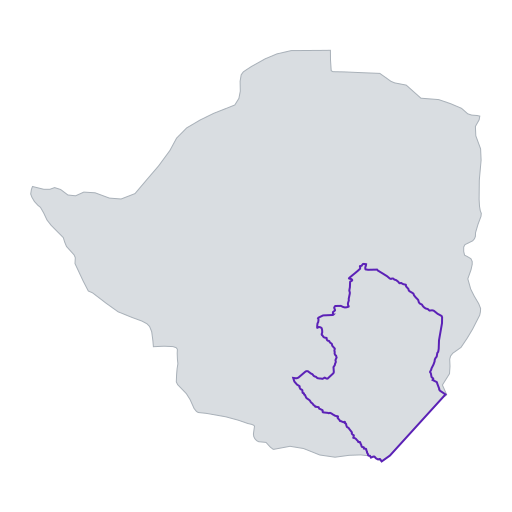 Zimbabwe, with Masvingo highlighted
{"feature_id": "ZWE-532", "entity_name": "Masvingo", "entity_type": "Province", "adm_level": 1, "iso_a3": "ZWE", "parent_name": "Zimbabwe", "parent_adm1": "", "projection": "albers", "projection_center": [30.801, -20.777], "detail": "fine", "context": "in_parent", "style": "outline", "palette": "violet", "viewbox_px": 512, "rotation_deg": 0, "n_neighbors": 0, "source": "natural_earth", "source_scale": "10m", "svg_char_len": 8130}
<svg xmlns="http://www.w3.org/2000/svg" viewBox="0 0 512 512"><path d="M381.7,461.7L376.6,458.2L369.6,455.9L360.7,454.9L349.2,455.3L335.0,457.2L319.8,455.0L303.5,448.5L290.0,446.3L273.9,449.3L273.2,449.3L270.4,447.2L266.0,442.4L258.6,441.7L256.6,440.6L254.9,438.8L253.8,436.6L253.4,434.1L254.5,426.2L253.8,425.3L251.8,424.4L247.8,423.5L238.0,420.1L225.8,416.8L205.9,413.3L198.2,412.5L196.4,411.4L194.1,408.5L190.1,399.6L186.4,393.7L177.7,384.7L176.3,381.9L176.6,374.6L177.1,368.7L177.9,363.7L177.4,359.0L177.2,353.2L177.4,349.3L176.2,347.7L173.0,346.6L164.1,346.2L153.4,346.7L152.9,340.8L151.7,331.7L149.6,326.5L147.0,323.8L142.0,321.1L131.9,317.4L118.1,311.8L106.2,303.3L92.5,292.8L88.3,291.0L83.1,280.9L75.0,263.6L75.3,257.7L74.1,254.9L66.5,246.5L64.7,242.1L63.3,237.6L51.1,225.3L47.0,220.0L43.7,213.0L40.5,207.4L37.8,205.2L34.4,201.5L31.9,197.2L30.7,194.0L31.4,189.5L32.5,186.5L43.8,189.3L49.9,189.3L54.6,187.6L60.6,189.5L67.9,195.0L75.6,195.8L83.8,192.1L95.1,192.8L109.4,198.1L121.1,199.0L135.0,193.6L147.1,179.3L158.6,165.9L169.9,150.5L176.6,138.1L186.7,127.9L200.1,120.0L213.8,113.3L234.8,105.0L238.9,98.4L240.3,91.2L240.1,81.3L241.2,74.8L243.3,71.9L246.8,69.5L251.4,66.5L265.2,58.8L276.9,53.9L291.2,50.6L306.8,50.5L321.8,50.4L330.4,50.3L330.5,59.9L331.2,70.7L332.9,71.7L344.2,71.9L362.3,72.7L379.8,73.4L390.9,81.3L394.7,82.9L406.2,85.1L420.9,98.2L438.7,99.6L450.9,103.8L461.6,108.4L467.7,113.8L471.7,115.1L477.1,115.5L479.8,116.1L479.1,119.9L475.4,126.4L475.8,135.8L480.6,148.9L481.1,160.2L479.3,180.1L479.1,199.4L479.5,206.3L480.3,210.9L481.3,213.4L481.0,216.3L478.0,224.3L475.5,232.8L475.4,236.3L474.5,238.7L472.7,240.8L465.0,244.6L463.7,247.0L463.7,251.5L464.6,255.2L467.4,256.6L470.9,258.7L472.2,261.5L472.2,264.4L471.0,269.8L467.8,278.8L470.7,289.1L474.1,295.9L478.7,303.7L480.6,308.5L480.4,311.9L479.7,315.2L472.5,329.3L467.3,338.0L461.0,347.4L452.8,353.2L450.6,356.0L449.7,359.2L450.0,366.3L449.5,373.7L442.4,385.0L446.7,394.8L445.7,395.7L443.3,397.1L433.2,408.0L423.0,419.0L415.6,427.1L407.1,436.3L397.7,446.6L389.7,455.4L381.7,461.7Z" fill="#d9dde1" stroke="#a8b0b8" stroke-width="1"/><path d="M377.9,459.4L377.5,459.2L376.6,458.7L376.2,458.5L375.8,458.2L374.7,456.8L374.1,456.5L373.2,456.6L371.3,457.5L370.9,457.6L370.1,456.0L369.9,455.8L368.9,455.7L368.5,455.5L368.2,455.3L368.0,454.9L367.9,454.1L367.8,453.7L367.1,452.8L367.0,452.3L367.0,451.6L366.4,450.5L366.2,449.2L366.0,448.9L365.5,448.8L365.2,448.7L364.1,448.7L363.9,448.6L364.0,447.9L363.9,447.6L363.7,447.3L363.1,447.1L362.2,447.0L361.9,446.8L361.7,446.4L361.4,445.9L361.2,444.7L361.1,444.4L360.4,443.5L360.3,443.2L360.3,442.5L360.1,442.2L359.9,442.0L359.4,442.0L358.6,442.1L358.3,442.0L358.1,441.8L357.8,440.9L357.5,440.6L356.9,440.1L356.6,439.7L356.2,439.2L355.8,438.8L355.0,438.3L354.5,438.0L354.1,437.9L353.4,437.9L353.3,437.7L353.7,436.9L353.6,436.3L353.7,436.0L353.8,435.7L353.8,435.4L353.6,435.1L352.6,434.6L352.2,434.2L351.8,433.5L351.8,433.1L351.9,432.5L351.8,432.2L349.2,428.9L349.0,428.5L348.8,428.2L348.5,427.9L347.0,427.0L346.8,426.7L346.2,425.0L346.2,424.3L346.1,424.0L345.9,423.7L345.2,423.3L344.9,423.1L345.1,422.4L345.0,422.1L344.8,421.9L344.4,421.8L343.9,422.0L343.6,422.1L343.2,422.1L341.9,421.6L341.2,421.2L340.9,421.1L340.3,421.1L340.0,421.0L339.6,420.2L339.3,419.8L338.1,418.5L337.6,417.8L337.6,417.6L337.7,417.3L338.0,416.9L338.0,416.6L337.9,416.4L337.4,416.2L336.3,416.1L334.5,415.5L334.1,415.1L332.9,414.5L331.5,413.5L330.1,412.9L329.8,412.9L328.9,413.2L328.6,413.2L328.0,412.9L323.4,412.4L323.0,412.3L322.8,412.1L322.6,411.8L322.7,410.7L322.6,410.4L322.4,410.1L322.2,410.0L321.7,409.8L321.3,409.6L320.1,409.0L319.3,408.7L319.1,408.5L318.8,407.6L318.7,407.3L318.2,407.1L317.1,407.0L316.3,406.8L316.1,406.7L315.6,406.8L315.4,406.8L315.2,406.6L314.9,406.1L314.7,405.7L314.3,405.5L313.9,405.3L313.6,405.1L313.2,404.6L312.8,403.9L311.7,402.9L311.1,402.5L310.9,402.3L309.9,400.6L309.0,399.8L308.4,399.4L307.4,398.7L306.6,398.2L306.0,397.3L305.1,395.2L304.9,394.9L304.3,394.7L304.1,394.4L304.0,393.7L303.9,393.4L303.7,393.2L303.3,393.0L302.7,392.9L302.6,392.7L302.5,392.3L302.4,390.6L302.3,390.2L302.0,389.9L301.5,389.5L301.2,389.4L300.7,389.3L300.4,389.0L300.1,388.5L299.5,387.2L299.4,386.7L299.4,386.3L299.5,386.2L299.4,386.1L299.2,385.9L297.1,384.7L294.5,381.7L294.1,380.8L293.2,377.9L296.1,378.3L297.2,378.1L298.4,377.6L305.1,371.9L305.8,371.4L306.3,371.2L306.9,371.2L307.6,371.2L308.0,371.3L308.4,371.6L308.7,371.9L310.0,372.8L310.3,373.1L310.7,373.4L312.2,374.1L312.5,374.3L313.4,375.5L313.9,376.0L314.6,376.4L315.9,376.8L316.2,377.0L317.1,377.9L317.7,378.2L319.6,378.5L320.7,378.5L322.2,378.8L322.6,378.8L322.9,378.6L323.1,378.5L323.8,378.2L324.4,377.7L324.6,377.7L324.9,377.7L325.9,378.3L326.7,378.6L327.1,378.6L327.6,378.6L333.3,373.3L333.7,372.6L333.8,371.7L333.5,367.2L333.6,366.9L333.8,366.6L334.4,365.8L334.6,365.4L334.8,365.1L335.1,363.6L335.7,362.4L335.8,361.7L335.5,360.4L335.5,360.1L335.7,359.4L336.4,358.0L336.5,357.7L336.6,357.4L336.3,356.7L336.1,355.7L335.0,354.7L334.9,354.4L334.7,353.7L334.6,353.4L334.7,352.3L334.7,351.9L334.4,350.9L334.4,350.5L334.5,350.0L334.7,349.3L334.8,348.8L334.7,348.5L332.3,345.8L332.1,345.2L332.0,344.4L331.9,344.1L331.8,343.9L331.6,343.7L330.1,342.6L329.7,342.1L329.3,341.2L329.1,341.0L328.8,340.9L327.8,340.7L327.3,340.3L327.0,339.9L326.7,339.3L326.7,338.3L326.6,338.0L326.4,337.9L326.1,337.8L325.0,337.7L324.4,337.5L323.8,337.2L323.2,336.6L322.4,335.3L322.2,335.1L321.9,335.0L321.7,334.6L321.7,334.0L322.2,332.5L322.2,331.2L322.1,330.0L321.9,329.1L321.7,328.3L321.4,327.9L320.6,327.4L319.7,327.1L318.7,327.0L317.7,327.7L317.4,327.8L317.2,327.7L317.2,325.9L317.5,323.4L318.2,322.1L318.5,320.0L318.4,319.2L318.3,318.7L318.0,318.3L318.2,318.0L318.6,317.6L322.9,315.5L323.2,315.4L332.5,315.0L333.2,314.8L333.5,314.5L332.9,314.5L332.8,314.4L332.8,314.1L333.0,313.5L332.9,313.1L332.9,312.8L333.0,312.2L333.1,311.9L334.5,310.9L335.0,310.3L335.0,309.9L334.7,309.3L334.6,308.8L334.4,308.4L334.2,307.9L334.2,307.6L334.9,306.3L335.4,306.0L340.3,305.9L340.8,305.9L341.3,306.1L342.9,306.9L344.6,307.4L345.3,307.4L346.0,307.4L347.7,307.0L348.6,306.6L348.7,306.3L348.6,306.0L348.2,305.7L348.0,304.6L347.9,303.8L348.1,302.7L348.7,300.8L348.8,300.4L348.7,298.9L348.8,298.4L349.8,293.5L349.8,292.9L349.8,292.3L349.5,291.4L349.3,290.4L349.9,287.2L350.1,282.2L350.2,281.7L350.5,281.4L351.1,281.1L351.9,280.7L352.2,280.2L352.1,279.8L351.8,279.4L351.4,279.1L349.6,278.7L349.2,278.6L349.0,278.4L349.1,278.1L349.6,277.6L357.6,271.0L360.1,268.7L360.2,267.4L360.0,266.8L359.9,266.4L360.0,266.1L361.2,265.9L361.7,265.7L362.0,265.2L362.7,264.3L363.0,264.0L363.6,263.9L365.6,264.1L366.1,264.2L366.0,265.0L365.9,265.4L365.7,265.7L365.8,266.0L365.5,266.6L365.3,267.3L365.3,268.1L365.3,268.8L365.4,269.1L365.6,269.4L368.1,269.8L377.1,269.6L377.8,270.5L387.2,276.3L389.3,278.1L390.0,278.6L390.7,278.9L391.0,278.9L391.3,278.9L391.9,278.5L392.3,278.5L392.9,278.5L393.2,278.6L393.5,278.8L394.1,279.4L394.4,279.6L394.7,279.7L395.8,280.0L396.4,280.3L398.3,281.8L399.2,283.0L399.6,283.2L399.9,283.3L400.8,283.0L401.3,283.0L402.0,283.5L403.3,284.2L403.9,284.3L405.3,284.6L405.7,284.7L405.9,284.9L405.9,285.8L406.1,286.3L406.4,286.8L408.1,288.6L408.3,288.8L408.7,290.2L408.9,290.6L409.4,291.1L409.8,291.4L412.4,292.9L413.1,293.4L413.5,293.8L414.0,295.3L414.4,295.8L415.7,297.4L417.4,299.1L418.2,300.0L418.8,302.2L419.1,302.6L419.5,303.2L420.1,303.7L421.6,304.4L422.0,304.7L422.2,305.0L422.7,305.9L423.1,306.4L424.0,307.3L425.2,308.2L426.0,308.6L427.7,309.0L428.1,309.3L429.0,310.2L429.3,310.4L429.7,310.6L431.0,310.4L432.1,310.3L433.1,310.5L433.9,310.8L437.6,313.8L440.6,315.4L441.6,316.0L441.8,316.6L442.1,317.2L442.0,323.2L439.0,340.3L438.7,348.9L438.2,351.8L437.3,353.0L436.7,356.6L435.5,358.1L435.0,359.1L434.7,360.1L434.6,361.4L433.5,364.5L431.5,368.4L431.2,369.7L430.9,370.3L430.1,371.7L430.1,372.2L430.6,372.9L430.9,373.5L431.4,376.3L431.5,376.9L431.9,377.4L433.1,378.4L433.3,379.0L432.6,380.0L436.6,382.0L436.9,382.3L437.3,383.7L439.2,388.7L439.2,389.6L440.1,390.8L445.5,394.4L389.9,455.6L381.7,461.4L380.4,459.5L379.9,459.0L379.3,459.0L378.4,459.4L377.9,459.4Z" fill="none" stroke="#5b21b6" stroke-width="2"/></svg>